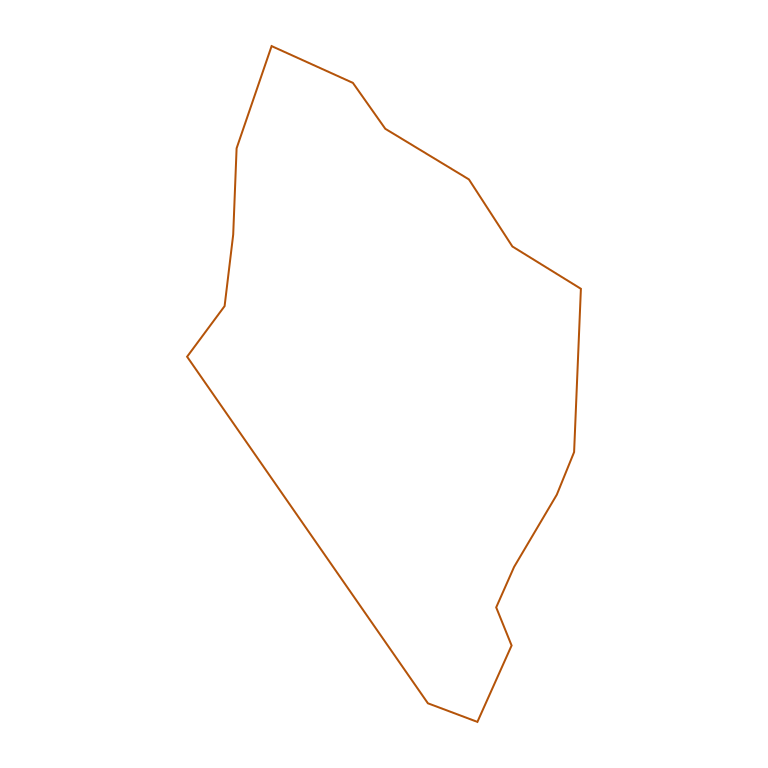 outline of Polzela
{"feature_id": "SVN-244", "entity_name": "Polzela", "entity_type": "Municipality", "adm_level": 1, "iso_a3": "SVN", "parent_name": "Slovenia", "parent_adm1": "", "projection": "natural_earth1", "projection_center": [15.091, 46.303], "detail": "fine", "context": "isolated", "style": "outline", "palette": "amber", "viewbox_px": 768, "rotation_deg": 0, "n_neighbors": 0, "source": "natural_earth", "source_scale": "10m", "svg_char_len": 340}
<svg xmlns="http://www.w3.org/2000/svg" viewBox="0 0 768 768"><path d="M271.6,46.1L352.9,82.9L385.3,128.8L468.9,179.4L512.4,246.5L580.9,288.8L574.1,452.1L556.8,494.7L514.1,566.9L496.2,607.4L511.6,645.5L477.4,721.9L427.9,703.3L187.1,356.7L224.6,306.1L233.2,234.6L236.6,148.3L271.6,46.1Z" fill="none" stroke="#b45309" stroke-width="2"/></svg>